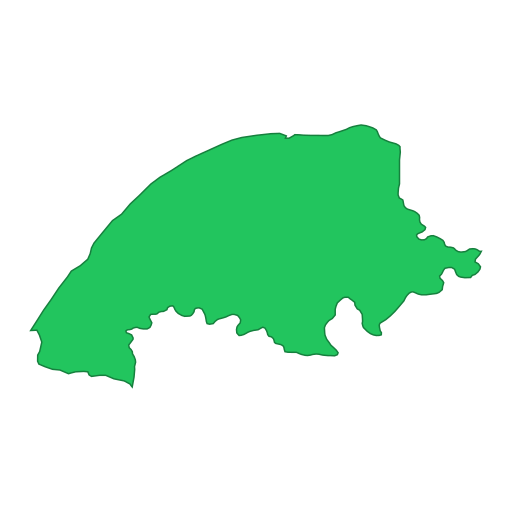 Kamenets, Brest, Belarus (Natural Earth projection)
{"feature_id": "67162791B59963656038120", "entity_name": "Kamenets", "entity_type": "district", "adm_level": 2, "iso_a3": "BLR", "parent_name": "Belarus", "parent_adm1": "Brest", "projection": "natural_earth1", "projection_center": [23.756, 52.4], "detail": "fine", "context": "isolated", "style": "filled", "palette": "green", "viewbox_px": 512, "rotation_deg": 0, "n_neighbors": 0, "source": "geoboundaries", "source_scale": "gbopen_adm2", "svg_char_len": 4686}
<svg xmlns="http://www.w3.org/2000/svg" viewBox="0 0 512 512"><path d="M337.4,354.5L338.1,352.8L336.3,350.2L333.7,347.7L330.9,345.2L329.3,342.8L326.7,339.3L325.0,335.2L324.7,332.9L324.4,327.7L325.5,324.8L327.6,322.0L329.1,320.4L332.3,318.5L335.2,315.0L335.2,312.8L335.2,309.3L335.9,306.5L337.3,302.9L340.5,299.9L342.8,298.0L344.6,297.3L348.2,297.2L350.2,298.9L351.7,299.9L354.7,302.3L355.0,305.2L357.3,308.9L359.7,310.2L362.2,314.4L362.5,319.0L362.6,321.4L362.2,323.4L362.8,325.9L363.5,327.6L367.3,331.4L370.4,333.6L373.4,334.9L376.3,335.5L379.3,335.4L381.3,334.8L381.4,332.6L380.2,330.8L379.5,327.5L379.2,325.1L379.9,323.3L381.6,322.2L383.9,320.8L385.7,319.7L390.4,315.8L394.8,311.5L397.5,308.4L399.8,305.7L403.8,301.0L405.5,297.6L407.0,295.4L409.1,293.2L411.1,292.1L412.9,291.8L415.2,292.7L417.6,293.8L418.8,294.2L421.6,294.8L426.1,294.8L430.4,294.2L434.6,293.7L436.7,293.4L439.0,292.4L442.2,289.7L442.6,286.5L443.7,282.7L442.5,280.6L440.0,278.2L439.6,276.0L441.4,274.3L442.3,272.7L443.5,270.2L444.9,268.3L448.7,267.5L451.7,267.5L454.6,269.2L455.5,271.7L456.7,274.6L458.7,276.4L460.8,277.1L464.9,277.7L470.6,277.5L472.3,275.3L474.9,274.5L477.9,272.0L479.9,269.2L480.5,266.8L478.3,263.8L475.0,261.9L475.5,259.1L476.7,257.8L478.8,255.5L479.8,254.2L481.3,251.3L480.4,251.4L479.0,251.0L477.9,250.2L476.7,249.5L475.0,248.9L472.8,248.7L469.6,249.0L467.8,250.2L466.6,251.0L465.2,251.6L461.0,252.1L458.1,251.6L455.5,250.0L454.5,248.7L453.2,247.8L450.6,247.2L448.0,247.1L445.5,246.0L444.5,243.9L444.2,242.4L442.9,240.4L440.4,238.8L436.9,237.0L433.4,235.7L430.9,235.8L429.2,236.4L427.6,237.0L426.5,238.6L424.4,239.8L421.4,239.9L418.9,239.1L416.8,236.7L416.6,234.9L417.6,233.8L419.9,232.8L422.2,231.9L425.0,229.6L425.6,227.4L424.5,226.2L421.3,224.2L419.9,222.0L419.5,219.8L419.6,217.3L419.1,215.2L417.2,213.3L414.7,211.6L412.9,210.8L410.0,209.9L407.4,209.1L405.4,207.7L403.9,205.6L403.4,203.0L403.1,201.3L402.8,200.0L401.2,199.0L399.3,198.0L398.1,194.9L398.1,192.8L398.5,188.0L399.5,183.9L399.5,173.7L399.5,168.8L399.5,164.2L399.5,159.9L399.9,155.9L400.3,152.1L400.0,148.8L400.0,146.7L398.7,145.3L395.9,143.8L389.4,142.0L385.3,140.3L380.4,137.9L379.3,136.3L378.2,134.0L377.3,131.6L376.3,129.9L372.8,127.9L369.0,126.6L366.0,125.7L361.1,125.0L357.6,125.6L353.0,126.6L349.6,127.7L346.3,129.4L341.6,131.0L338.9,131.9L335.9,132.8L332.1,134.6L328.3,135.5L322.7,135.5L316.2,135.4L310.4,135.4L303.6,135.2L298.9,134.8L294.8,134.7L293.7,135.6L289.1,138.2L285.4,138.2L286.3,135.9L279.7,133.4L271.0,133.7L256.6,135.3L241.8,137.5L232.0,140.1L222.1,144.2L195.8,156.1L186.7,160.6L171.5,170.5L159.9,177.3L150.9,184.0L138.9,195.9L130.3,203.9L121.6,214.2L112.5,220.6L103.5,231.5L94.0,243.1L91.5,248.0L90.2,253.7L87.8,259.2L80.3,265.7L71.3,271.1L67.5,276.9L58.9,287.9L51.0,299.8L43.6,310.2L37.3,320.2L30.7,330.5L36.9,330.2L39.4,335.0L41.8,342.1L39.7,351.5L37.7,355.1L37.6,361.2L38.9,364.1L45.0,366.7L52.5,369.3L59.9,370.0L68.5,373.7L70.9,373.0L75.6,371.8L83.8,371.4L87.8,371.8L89.1,374.9L91.5,376.4L99.6,375.3L105.7,375.3L113.9,378.8L124.2,380.9L130.0,384.0L131.6,386.3L132.2,387.0L134.0,377.2L134.7,369.3L134.5,366.6L135.6,362.2L135.3,359.7L134.1,356.5L132.5,353.8L132.3,351.6L131.0,349.5L129.2,347.7L128.7,345.0L130.8,342.3L133.0,339.3L133.1,338.0L131.6,334.9L128.7,333.5L126.5,332.8L125.8,331.0L127.4,329.8L129.7,329.6L131.7,329.1L133.3,328.0L135.7,327.4L137.2,327.3L140.0,328.4L143.2,328.9L147.2,328.9L149.9,327.4L151.1,325.1L151.8,322.8L150.1,319.5L149.0,317.0L150.6,314.4L153.0,314.2L155.4,314.2L156.9,313.9L159.0,312.1L161.4,311.5L163.5,311.4L166.9,309.7L167.6,307.6L169.8,306.2L172.7,305.8L174.0,307.2L174.8,309.2L176.0,311.2L178.3,313.5L179.7,314.2L181.7,315.4L184.6,316.3L186.9,316.2L189.9,316.0L191.3,315.3L192.7,313.8L194.0,311.8L194.4,309.7L195.4,308.4L197.2,308.0L199.1,307.8L202.2,309.2L204.8,314.2L205.3,315.7L205.8,318.0L206.4,321.6L207.1,323.6L209.5,324.2L213.2,323.6L215.2,321.3L217.5,319.5L219.0,318.9L221.7,318.2L223.8,317.6L226.0,316.9L228.7,315.6L232.0,314.4L234.2,314.4L237.6,315.4L239.6,317.8L240.7,319.9L240.2,322.9L238.0,325.4L237.0,327.0L236.5,329.6L236.8,332.9L237.8,334.1L239.1,335.5L241.1,335.3L243.8,334.5L246.1,333.3L247.8,332.3L249.9,331.4L253.6,330.4L255.7,330.1L258.2,329.7L260.6,328.3L262.8,327.2L265.0,328.1L266.6,330.8L267.3,332.8L267.7,334.6L269.0,336.3L271.4,336.8L273.4,338.6L274.1,340.6L274.5,342.4L275.7,343.4L280.1,344.4L281.2,344.7L283.1,345.9L283.9,347.3L284.3,349.5L285.0,351.7L287.8,352.2L291.9,352.3L294.0,352.3L296.4,352.3L299.3,353.6L301.4,354.4L305.1,355.3L307.5,355.5L310.3,355.1L312.8,354.4L316.2,354.0L318.9,354.2L322.3,355.0L323.8,355.2L328.2,355.6L330.8,355.6L334.6,355.8L337.3,354.7L337.4,354.5Z" fill="#22c55e" stroke="#15803d" stroke-width="1.5"/></svg>